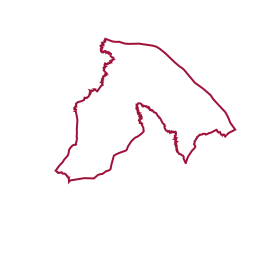 Mueang Nakhon Phanom, Nakhon Phanom, Thailand, rotated 314°
{"feature_id": "78962969B91655555555249", "entity_name": "Mueang Nakhon Phanom", "entity_type": "district", "adm_level": 2, "iso_a3": "THA", "parent_name": "Thailand", "parent_adm1": "Nakhon Phanom", "projection": "orthographic", "projection_center": [104.642, 17.31], "detail": "fine", "context": "isolated", "style": "outline", "palette": "rose", "viewbox_px": 256, "rotation_deg": 314, "n_neighbors": 0, "source": "geoboundaries", "source_scale": "gbopen_adm2", "svg_char_len": 5900}
<svg xmlns="http://www.w3.org/2000/svg" viewBox="0 0 256 256"><g transform="rotate(314 128 128)"><path d="M48.4,122.9L49.5,122.8L50.6,123.2L61.7,131.5L68.0,138.5L73.4,139.0L76.2,140.6L77.0,141.5L81.9,142.3L84.2,143.7L85.9,144.0L86.7,143.8L89.3,142.0L98.2,137.1L100.0,137.5L103.7,138.9L110.4,142.2L111.9,142.1L114.6,140.8L120.8,139.6L125.9,139.8L128.9,141.0L133.7,141.7L136.4,141.7L139.0,138.6L139.8,135.8L140.9,135.4L140.9,134.6L140.0,133.3L140.6,133.1L140.4,132.8L140.7,132.5L140.6,132.0L141.3,131.7L141.7,131.1L141.4,130.7L142.0,130.6L142.1,130.2L143.3,130.8L143.2,130.4L143.6,129.9L143.7,130.3L143.9,130.2L144.7,130.8L145.5,130.1L145.8,129.2L144.9,128.6L145.7,128.2L145.0,127.8L145.7,127.6L145.8,127.1L145.3,127.0L145.3,126.4L145.7,126.7L145.9,126.1L146.4,126.1L145.9,125.6L146.5,125.8L146.9,125.2L146.7,124.8L146.1,124.7L146.5,124.4L146.2,123.8L146.7,123.4L147.3,123.3L147.0,122.9L147.5,122.1L148.0,121.8L148.4,122.0L148.9,121.5L148.6,121.3L148.1,121.6L147.9,121.1L148.2,120.8L147.7,120.8L147.7,120.6L148.2,120.5L148.5,120.1L149.0,120.1L148.9,119.7L149.9,118.8L150.2,119.1L150.4,118.6L151.2,118.6L151.2,118.2L151.6,118.5L152.7,118.2L153.6,118.8L154.5,120.4L154.5,121.1L154.2,121.9L154.4,121.8L154.5,122.2L154.2,122.4L154.8,123.8L154.5,123.7L154.3,124.0L155.2,124.3L155.7,125.7L156.2,125.8L156.2,126.5L156.6,126.8L156.3,127.5L157.0,127.9L156.8,128.4L157.2,128.5L156.7,129.3L157.0,129.4L156.7,129.9L157.0,130.2L156.3,131.3L157.1,132.1L156.9,132.2L156.9,132.9L157.6,133.3L157.5,133.7L157.7,134.6L157.3,135.5L158.3,137.8L157.4,141.2L157.5,142.8L157.0,143.3L157.4,144.3L155.7,149.0L155.6,151.6L155.8,151.8L155.1,152.7L155.1,153.2L154.3,153.2L153.6,154.0L152.6,156.9L153.1,157.8L153.0,158.4L153.4,158.8L153.2,159.1L153.5,159.2L153.6,159.7L153.9,159.7L153.9,160.4L154.3,160.3L154.1,161.0L154.5,161.3L154.3,161.5L154.6,161.5L154.3,161.9L155.0,162.5L156.1,162.1L156.4,163.1L156.8,163.3L156.6,163.6L157.3,163.9L157.6,164.7L158.2,164.7L158.3,165.3L157.5,166.2L157.0,166.2L156.8,167.2L156.7,166.8L156.0,167.4L155.2,167.1L155.0,167.8L154.4,167.9L154.6,168.1L154.3,168.4L154.3,168.8L153.6,168.9L154.0,169.5L153.6,169.4L153.5,170.3L153.1,170.4L153.1,170.0L152.9,170.4L152.4,170.0L152.6,170.6L151.6,171.4L151.8,171.9L151.3,171.6L151.1,171.9L150.5,171.8L150.4,172.6L150.7,173.1L150.4,173.2L150.3,172.9L150.1,173.3L150.0,172.9L149.9,173.3L149.5,173.2L149.6,173.6L149.0,173.7L149.0,174.6L148.4,174.8L148.5,175.4L148.0,175.6L148.2,176.0L147.7,176.1L147.1,177.7L146.8,177.6L146.4,178.5L146.0,178.0L145.7,178.5L146.0,178.9L145.3,179.4L145.4,179.9L145.1,180.2L145.4,181.2L144.8,182.5L145.6,184.1L145.9,186.0L146.2,186.3L146.1,187.7L145.5,188.6L144.6,189.2L142.6,194.4L143.5,193.6L147.5,191.7L150.1,190.9L156.9,189.7L158.6,189.9L161.2,189.5L161.8,188.9L162.2,186.7L163.8,186.2L164.5,185.2L165.9,185.2L167.8,184.4L168.8,184.6L169.5,184.0L169.8,184.2L172.5,184.2L172.5,184.5L173.9,185.0L175.3,186.1L176.2,186.1L177.5,187.8L177.4,188.6L179.3,189.5L180.7,189.8L182.2,190.9L188.1,192.8L188.2,193.8L187.5,194.8L187.8,195.5L187.7,196.3L189.0,197.0L187.9,199.2L188.3,200.0L188.2,201.1L189.4,201.0L190.0,201.6L189.4,203.8L194.2,203.8L201.3,206.3L202.8,198.0L205.2,192.7L207.0,187.2L207.8,171.3L208.1,168.6L209.0,164.7L208.5,154.8L207.0,144.7L208.8,127.8L208.6,124.7L208.1,122.8L207.7,115.5L207.7,103.5L207.0,95.6L206.2,92.0L204.3,88.4L196.3,77.3L188.9,70.0L186.4,66.9L183.9,61.8L181.5,59.4L179.4,56.6L176.4,49.7L174.6,50.3L174.7,50.7L175.1,51.0L174.3,51.7L172.6,51.1L171.5,51.5L171.8,50.4L171.5,50.2L171.4,50.9L170.9,50.9L171.0,52.5L170.5,52.9L170.0,51.7L169.2,52.0L169.2,51.5L168.2,51.1L167.9,51.4L168.2,51.8L167.7,52.5L168.2,52.8L168.1,53.5L167.4,53.0L167.1,53.6L166.6,52.9L166.7,53.3L166.2,53.4L165.7,54.7L165.1,54.4L164.7,55.0L165.5,55.2L164.4,56.5L165.1,57.7L165.6,57.7L165.7,58.2L165.7,57.6L166.1,57.5L166.6,57.5L166.7,58.0L167.4,58.0L167.6,58.4L167.0,58.7L167.7,59.4L167.4,59.7L167.8,59.7L168.0,60.2L167.6,60.2L167.6,60.9L169.1,61.3L169.1,61.8L168.4,62.4L169.1,62.6L169.0,63.0L169.4,63.6L169.2,63.9L169.4,64.2L168.9,64.5L168.4,64.4L167.8,65.3L167.6,66.0L167.8,66.8L167.7,67.4L168.4,68.6L167.8,69.2L167.8,69.6L167.5,69.7L167.5,70.1L166.4,69.6L165.3,69.8L165.1,69.3L164.4,69.6L164.5,69.2L163.8,69.4L163.6,69.8L163.5,69.5L163.2,70.1L162.8,69.8L162.2,69.9L162.1,69.5L161.8,69.7L160.9,68.7L160.3,69.1L159.4,68.7L159.4,68.4L158.6,67.9L158.7,67.4L158.2,67.5L158.1,66.8L156.9,67.4L156.6,68.3L156.8,69.1L156.0,68.7L155.9,69.2L154.9,69.5L154.8,68.9L154.2,68.7L153.7,70.0L152.6,70.5L152.4,74.2L152.2,73.9L151.6,74.3L151.4,74.1L151.5,74.4L151.2,74.5L151.2,74.9L150.7,74.4L150.4,75.3L150.0,75.1L149.7,75.3L148.6,74.4L147.7,74.9L147.5,74.6L147.0,75.2L146.6,74.9L146.8,75.1L146.4,75.4L145.8,75.2L145.7,75.9L144.2,75.9L143.8,76.5L144.0,76.7L143.7,76.7L143.6,77.5L143.3,77.7L142.6,77.3L142.8,77.9L142.3,77.8L142.4,78.5L141.7,78.8L141.6,79.4L141.2,79.4L141.1,79.8L139.2,79.4L133.0,80.4L132.7,77.9L132.9,77.7L132.2,77.4L132.5,77.2L132.4,76.8L132.1,76.5L132.0,76.8L130.5,77.0L129.5,76.3L129.5,75.6L128.9,75.6L128.6,74.9L128.5,75.4L127.9,75.4L127.8,76.3L127.3,76.4L126.9,76.0L126.0,76.7L126.1,77.0L125.7,76.9L125.7,77.2L122.8,77.8L121.3,77.2L120.9,77.5L120.5,77.2L120.5,76.9L119.6,76.4L119.8,76.0L119.6,75.7L117.5,76.9L115.0,75.9L111.8,74.0L109.5,73.7L108.9,74.6L108.5,74.5L108.0,74.9L107.5,75.9L106.8,75.2L106.1,75.6L105.2,75.3L104.7,75.8L105.0,75.9L104.6,76.4L105.2,76.8L105.2,77.3L104.9,77.2L105.1,77.7L103.9,78.6L103.4,78.4L103.6,78.9L102.3,81.0L98.6,86.1L91.9,91.7L88.4,95.2L86.1,97.0L85.9,97.7L83.4,99.8L80.5,101.3L80.1,102.1L79.5,102.0L78.2,100.8L76.8,100.2L73.1,100.4L71.4,100.8L68.7,102.7L66.4,103.8L60.6,104.1L58.2,104.7L53.6,104.7L47.0,105.6L47.2,106.8L47.0,107.2L47.4,107.8L47.1,108.6L47.6,109.1L47.5,109.4L49.2,110.4L49.6,111.4L50.0,111.3L49.9,112.9L51.0,113.8L51.5,115.5L51.1,116.3L51.3,117.8L50.8,118.2L51.2,119.4L50.7,120.1L50.9,120.2L50.4,120.4L50.0,121.3L48.4,122.9Z" fill="none" stroke="#9f1239" stroke-width="2"/></g></svg>